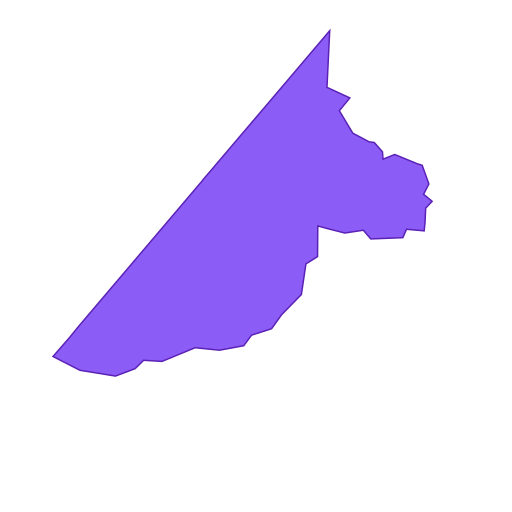 the district of Caroline, Maryland, United States of America, rotated 224°
{"feature_id": "52423323B10584672826222", "entity_name": "Caroline", "entity_type": "district", "adm_level": 2, "iso_a3": "USA", "parent_name": "United States of America", "parent_adm1": "Maryland", "projection": "natural_earth1", "projection_center": [-75.855, 38.889], "detail": "fine", "context": "isolated", "style": "filled", "palette": "violet", "viewbox_px": 512, "rotation_deg": 224, "n_neighbors": 0, "source": "geoboundaries", "source_scale": "gbopen_adm2", "svg_char_len": 848}
<svg xmlns="http://www.w3.org/2000/svg" viewBox="0 0 512 512"><g transform="rotate(224 256 256)"><path d="M196.8,231.6L196.6,259.8L214.6,285.0L211.3,298.3L232.4,320.5L223.2,325.6L208.1,334.2L196.7,349.1L185.3,348.0L163.1,371.2L166.3,379.8L152.5,390.9L157.6,397.4L167.2,408.3L167.3,417.7L178.3,416.8L181.7,427.9L199.5,436.7L204.5,434.2L226.7,425.4L231.9,413.9L237.4,418.8L249.8,419.8L253.9,416.7L271.7,411.6L297.0,418.4L298.3,434.9L322.1,426.6L359.5,469.3L355.7,410.3L352.5,359.9L350.6,329.4L349.5,312.3L349.1,305.9L349.1,305.7L348.9,303.0L348.2,291.7L348.1,290.8L347.1,273.6L346.9,272.7L345.5,250.8L335.9,100.4L334.8,83.4L333.4,66.4L333.2,61.8L332.2,42.7L303.2,51.5L273.7,72.0L264.7,91.0L264.4,102.9L250.4,114.9L236.1,147.7L216.8,162.9L202.5,182.9L204.2,196.0L194.3,214.5L196.8,231.6Z" fill="#8b5cf6" stroke="#5b21b6" stroke-width="1.5"/></g></svg>